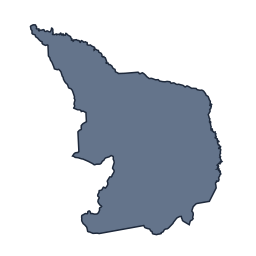 Santa Clara, Pastaza, Ecuador, rotated 267°
{"feature_id": "8360857B98127475553098", "entity_name": "Santa Clara", "entity_type": "district", "adm_level": 2, "iso_a3": "ECU", "parent_name": "Ecuador", "parent_adm1": "Pastaza", "projection": "mercator", "projection_center": [-77.834, -1.262], "detail": "fine", "context": "isolated", "style": "filled", "palette": "slate", "viewbox_px": 256, "rotation_deg": 267, "n_neighbors": 0, "source": "geoboundaries", "source_scale": "gbopen_adm2", "svg_char_len": 5722}
<svg xmlns="http://www.w3.org/2000/svg" viewBox="0 0 256 256"><g transform="rotate(267 128 128)"><path d="M234.9,41.3L235.6,41.1L235.9,40.7L236.0,38.6L235.1,36.5L234.5,35.9L231.5,36.3L230.3,37.2L227.5,37.1L226.8,37.7L225.9,40.0L225.3,40.3L224.0,40.5L222.6,42.4L221.0,43.6L219.2,45.3L218.8,46.4L218.5,46.7L217.3,46.6L216.6,47.0L216.0,47.6L214.8,49.9L215.2,51.7L214.8,52.4L204.1,52.3L202.4,53.5L199.9,54.1L197.8,55.4L193.3,57.0L190.9,57.6L189.9,60.4L190.2,61.9L189.0,63.0L187.5,64.0L183.1,65.1L182.0,65.9L180.2,66.1L177.7,67.2L175.9,68.5L174.7,69.8L171.3,70.8L170.8,71.5L170.3,72.9L168.9,74.1L167.7,74.6L162.0,76.2L160.4,75.8L159.6,76.3L158.8,76.5L158.1,76.4L156.4,75.7L155.4,75.7L154.8,75.3L153.3,75.9L152.6,75.8L151.8,75.6L150.9,74.8L150.7,74.8L148.8,78.7L148.7,80.7L148.0,81.8L146.9,82.2L147.2,82.8L147.0,84.6L146.2,85.7L145.7,86.8L136.5,86.8L134.7,83.3L133.3,81.8L132.5,81.3L131.5,81.5L130.6,81.2L129.8,81.4L129.2,81.3L128.7,80.7L128.4,79.5L126.8,77.8L107.0,77.7L106.9,77.3L106.1,76.7L106.1,74.7L105.7,73.6L105.1,72.8L102.9,71.1L102.4,72.5L101.4,73.7L100.9,76.7L99.7,79.8L99.3,81.5L96.7,86.7L94.3,90.8L93.3,91.9L93.0,92.8L93.5,94.6L93.4,97.9L93.6,98.5L94.1,99.3L96.3,100.8L96.8,101.9L97.2,102.3L98.5,103.1L99.3,104.0L100.2,107.7L101.4,109.7L100.4,111.6L99.7,111.8L97.6,111.6L95.9,112.3L94.1,112.4L89.3,110.6L88.4,110.5L86.7,111.7L86.1,111.9L85.4,111.9L84.3,111.4L81.8,109.7L80.4,109.2L80.1,108.9L80.1,107.2L76.1,104.5L75.6,104.5L74.5,104.9L72.8,104.9L71.7,104.4L69.4,102.6L69.2,102.2L70.2,100.6L70.1,100.2L67.7,98.7L67.2,97.5L67.0,96.0L66.5,95.8L65.2,95.7L63.1,94.4L62.2,94.2L61.5,94.3L60.6,95.3L59.7,95.6L57.7,94.4L56.0,94.1L54.7,94.6L52.5,96.0L51.7,97.2L51.1,97.6L50.5,97.1L49.8,95.6L49.2,95.3L47.4,95.3L45.6,94.4L44.8,93.9L43.8,92.6L43.7,90.4L44.0,89.1L44.4,88.1L44.5,86.4L46.2,85.9L47.1,85.3L47.2,84.7L46.7,83.6L44.7,83.1L44.5,82.7L44.8,80.9L43.1,77.4L42.7,77.2L41.4,77.0L40.0,77.1L38.7,76.9L37.6,77.0L34.9,78.2L33.4,79.8L31.2,81.5L29.7,81.9L26.9,82.3L26.4,83.0L26.2,84.2L24.6,87.5L24.6,91.7L24.1,93.7L29.8,138.6L27.9,139.5L27.5,139.9L26.5,142.4L26.1,144.0L25.8,144.5L24.1,145.2L23.3,146.5L21.3,147.0L20.9,147.5L20.0,150.9L20.4,152.6L20.5,154.2L20.9,155.6L21.6,155.6L22.6,157.8L24.1,158.6L24.7,159.3L25.1,160.0L25.3,162.0L26.0,163.2L30.4,167.9L31.5,168.5L35.3,171.8L35.9,172.6L36.9,175.0L36.9,176.6L35.0,176.9L34.0,177.4L33.0,177.5L32.2,178.1L28.2,184.1L31.6,185.2L32.4,186.1L32.7,187.0L34.0,188.3L35.0,187.9L35.9,188.0L37.8,188.6L39.5,188.6L40.5,188.3L41.3,187.5L41.8,187.5L42.7,187.7L46.0,189.0L48.5,191.7L49.0,192.8L50.5,205.4L63.5,212.9L66.6,212.7L67.2,212.5L68.7,212.6L69.4,213.5L70.3,213.6L70.4,214.1L70.0,214.9L70.4,215.7L71.8,216.2L73.6,215.9L75.3,217.0L76.7,217.5L77.2,218.3L78.1,218.1L79.4,217.2L79.6,217.8L79.8,217.9L80.1,217.8L80.5,217.5L81.0,216.3L82.2,216.9L82.4,216.4L82.4,215.2L82.8,215.9L83.4,215.4L83.9,216.1L84.6,216.5L84.7,216.4L84.8,215.8L85.8,216.2L86.3,215.1L88.0,217.0L87.4,217.7L87.4,218.0L88.2,218.1L88.2,218.6L88.5,218.8L88.8,218.3L89.1,218.2L89.6,220.1L89.9,219.9L90.2,219.1L91.1,219.3L92.4,218.6L93.7,218.6L94.0,218.2L94.5,218.9L95.4,218.2L97.0,218.4L97.8,219.1L99.2,218.9L101.5,219.5L102.2,219.2L102.5,218.8L102.8,217.5L103.3,217.6L103.9,219.3L104.7,219.5L105.2,218.4L106.3,218.1L106.4,217.4L108.4,216.7L109.9,216.7L109.5,217.9L109.8,218.1L111.5,216.3L112.2,216.7L112.5,216.6L113.6,214.6L114.1,214.6L114.4,215.6L114.6,215.7L116.6,214.9L117.5,215.5L118.3,214.8L119.5,214.8L119.3,213.7L119.4,213.2L120.2,212.9L120.5,212.1L120.8,211.9L121.8,212.2L122.6,212.1L122.7,211.9L122.0,210.9L123.8,210.8L125.1,211.1L126.2,210.7L127.7,210.6L128.0,210.5L129.5,210.9L129.8,210.8L129.3,209.9L129.6,209.7L133.1,210.2L133.9,209.5L134.8,209.5L137.2,208.8L140.2,210.8L141.7,210.8L142.4,210.6L142.9,211.5L145.1,212.3L145.4,212.3L146.4,210.9L146.7,211.0L146.8,212.6L147.2,212.8L148.1,211.4L150.4,211.6L151.5,210.9L155.2,209.7L156.7,207.7L158.4,207.1L160.8,205.5L161.6,204.5L162.0,203.5L161.9,201.9L162.5,199.6L162.8,198.9L163.9,198.1L164.3,194.9L164.2,193.8L166.1,190.9L166.9,189.4L166.9,188.9L166.0,187.3L166.3,186.7L167.4,185.6L167.8,184.9L169.1,180.8L168.9,179.5L169.1,178.6L170.5,176.6L170.7,175.6L170.4,173.4L172.0,172.3L172.5,169.5L172.2,167.4L172.5,165.0L173.3,161.9L174.7,160.7L174.7,158.0L176.0,155.1L176.4,153.9L176.3,151.7L178.4,149.3L179.7,148.4L181.6,146.5L182.4,145.2L181.5,142.8L181.8,142.0L182.6,141.7L183.2,141.0L182.8,127.7L182.9,121.2L183.4,120.9L184.8,118.4L187.2,118.1L188.0,116.7L189.0,115.8L190.8,115.1L192.3,113.2L192.3,112.3L193.3,111.6L194.1,111.3L193.8,110.2L193.8,109.7L194.2,109.5L195.4,110.2L199.3,109.0L199.9,107.8L200.6,107.6L200.4,106.3L200.7,105.9L201.0,105.7L202.1,105.9L203.9,105.2L205.3,102.8L207.0,102.5L207.3,101.4L208.5,99.5L208.3,99.0L207.6,98.5L207.4,98.2L208.2,98.1L209.6,99.0L210.4,98.7L211.8,96.0L212.9,94.8L212.7,93.3L213.2,91.7L213.8,91.6L214.9,91.8L215.5,91.6L215.7,90.8L216.3,90.0L216.0,88.2L217.1,87.3L217.7,86.1L217.3,85.5L216.0,84.9L216.0,84.7L217.7,83.8L218.0,83.3L218.1,82.2L218.9,81.1L218.7,78.4L217.8,78.2L217.6,77.8L218.7,77.7L218.5,76.6L218.8,76.1L220.0,76.6L221.2,75.5L222.3,75.4L223.8,73.0L225.6,71.4L225.7,70.8L224.2,70.4L223.9,70.1L224.3,68.8L225.3,68.1L225.2,67.9L224.4,67.8L225.2,67.1L225.1,66.7L224.5,66.6L224.5,66.4L226.2,65.9L226.3,65.6L225.9,65.1L225.0,64.7L224.8,64.5L225.4,62.9L224.9,61.9L224.9,61.6L225.7,61.2L225.1,59.6L225.3,57.7L225.5,57.5L225.8,57.5L226.7,58.2L227.9,58.0L230.2,58.1L231.1,57.8L231.8,57.1L231.7,56.9L229.7,56.4L228.2,55.5L228.1,55.1L228.1,54.5L229.2,52.5L229.2,52.1L228.7,51.3L228.8,50.1L229.2,49.7L230.5,49.2L230.7,48.6L230.2,46.7L230.3,45.5L229.6,44.3L230.1,43.8L231.0,44.4L231.6,44.2L231.7,42.3L231.9,41.8L232.3,41.7L233.2,42.0L233.8,42.0L234.9,41.3Z" fill="#64748b" stroke="#1e293b" stroke-width="1.5"/></g></svg>